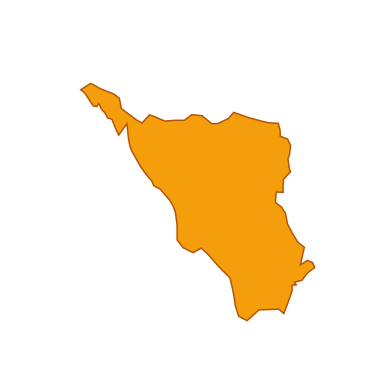 Trimithousa, Paphos, Cyprus, rotated 113°
{"feature_id": "46923920B17841566161623", "entity_name": "Trimithousa", "entity_type": "district", "adm_level": 2, "iso_a3": "CYP", "parent_name": "Cyprus", "parent_adm1": "Paphos", "projection": "albers", "projection_center": [32.443, 34.816], "detail": "fine", "context": "isolated", "style": "filled", "palette": "amber", "viewbox_px": 384, "rotation_deg": 113, "n_neighbors": 0, "source": "geoboundaries", "source_scale": "gbopen_adm2", "svg_char_len": 1335}
<svg xmlns="http://www.w3.org/2000/svg" viewBox="0 0 384 384"><g transform="rotate(113 192 192)"><path d="M95.1,139.4L98.6,149.6L100.1,159.4L101.5,169.9L102.4,184.7L110.2,187.3L118.8,194.8L121.4,200.6L117.9,212.5L120.8,222.4L128.9,227.0L132.7,235.7L137.3,244.7L137.3,255.4L137.6,261.2L148.0,265.0L147.4,271.1L142.8,289.7L134.1,295.5L132.4,302.1L132.7,316.9L131.5,327.6L137.3,331.7L141.4,334.4L142.6,329.8L144.5,326.8L148.7,320.6L151.3,316.7L150.6,313.1L147.0,312.4L151.2,307.6L153.5,302.6L156.8,298.4L156.4,294.1L164.2,286.3L168.2,281.7L154.5,278.6L167.2,271.6L173.8,267.3L177.8,263.5L189.3,248.5L194.6,239.6L197.3,233.7L201.2,229.6L201.8,222.1L205.0,216.2L208.1,209.5L212.5,203.6L217.4,199.2L228.5,192.7L242.0,186.9L246.8,178.2L247.4,167.2L240.0,161.7L242.9,153.5L250.0,138.7L252.4,133.1L256.1,123.6L263.6,118.1L271.4,112.7L279.7,107.7L286.3,102.1L288.2,100.4L288.9,91.0L274.4,84.3L266.0,66.4L268.0,60.0L252.5,60.6L243.5,61.4L238.6,63.5L236.8,59.8L234.9,62.3L230.2,56.2L221.7,54.2L213.6,49.6L209.9,53.3L209.9,59.2L216.9,63.7L210.0,65.0L199.0,67.0L196.9,75.0L191.8,82.1L184.4,91.3L175.1,97.7L170.9,103.6L169.0,111.2L159.1,114.4L156.7,108.0L151.5,110.3L144.3,112.7L134.7,109.2L133.2,111.0L124.1,116.6L118.8,117.0L110.7,119.4L105.9,124.7L106.2,132.5L100.7,135.1L95.1,139.4Z" fill="#f59e0b" stroke="#b45309" stroke-width="1.5"/></g></svg>